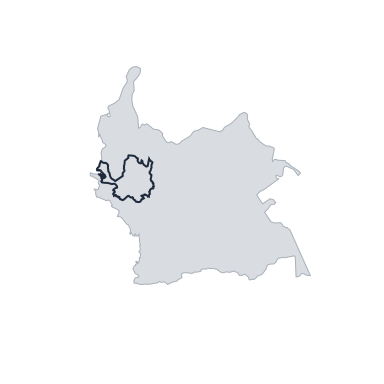 where Antioquia sits in Colombia, rotated 325°
{"feature_id": "COL-1314", "entity_name": "Antioquia", "entity_type": "Department", "adm_level": 1, "iso_a3": "COL", "parent_name": "Colombia", "parent_adm1": "", "projection": "orthographic", "projection_center": [-75.909, 7.152], "detail": "fine", "context": "in_parent", "style": "outline", "palette": "slate", "viewbox_px": 384, "rotation_deg": 325, "n_neighbors": 0, "source": "natural_earth", "source_scale": "10m", "svg_char_len": 9250}
<svg xmlns="http://www.w3.org/2000/svg" viewBox="0 0 384 384"><g transform="rotate(325 192 192)"><path d="M217.5,64.9L214.0,66.4L207.3,68.2L202.7,75.9L199.5,77.3L195.6,81.9L192.8,87.6L190.7,99.2L184.9,109.0L185.4,109.4L187.7,109.0L189.9,107.9L190.7,108.2L191.5,109.9L194.2,110.3L196.4,118.3L200.5,122.3L200.9,123.8L201.5,127.1L200.0,129.1L199.7,136.4L200.9,138.2L204.0,138.9L206.0,143.4L207.3,144.4L209.2,145.1L213.6,144.4L221.6,145.1L223.5,144.9L228.0,143.3L233.7,145.2L237.9,145.4L249.5,158.9L250.6,158.5L252.1,159.3L255.0,157.9L257.5,157.6L260.7,158.2L265.0,158.2L273.7,156.6L274.9,155.8L279.7,156.5L281.1,157.5L281.8,160.0L281.3,161.6L279.6,163.2L278.8,165.3L278.6,167.8L277.8,169.6L276.3,170.8L275.7,172.6L276.1,174.8L275.4,185.1L276.1,186.0L276.6,190.2L278.6,195.7L279.6,197.2L281.3,198.4L284.4,202.9L283.7,204.5L276.0,211.7L275.6,213.3L277.1,212.6L279.5,213.2L280.3,214.9L286.2,219.7L286.1,221.6L287.8,225.3L287.5,226.1L291.6,236.6L291.7,238.8L288.4,239.4L288.2,232.4L287.7,231.0L283.9,224.8L283.1,224.3L280.6,225.0L276.4,229.8L274.4,230.5L272.8,229.9L271.2,227.1L270.2,226.6L269.2,229.0L270.5,231.0L251.8,231.3L248.2,230.5L243.2,231.6L243.1,242.2L252.0,242.3L254.4,245.3L254.2,247.8L254.6,248.6L252.5,249.2L249.4,247.6L243.9,249.6L239.8,250.2L239.6,261.9L242.0,264.8L246.7,267.8L247.4,270.0L247.1,272.0L248.2,274.5L249.7,275.8L249.7,277.3L250.5,279.0L241.0,328.4L237.7,325.5L236.6,322.8L235.0,321.7L231.8,322.6L228.5,321.3L239.4,304.4L239.1,302.9L230.0,298.9L229.1,297.9L224.8,295.8L222.4,296.4L221.0,297.5L217.8,297.9L215.1,296.1L211.9,295.0L208.1,297.9L207.0,297.9L204.3,299.1L201.4,299.6L197.6,298.4L194.5,299.3L192.4,299.1L191.6,298.2L188.9,297.2L188.6,296.1L189.4,294.0L188.2,289.9L187.8,289.3L185.7,289.2L183.3,287.7L182.8,286.9L183.3,285.2L182.9,283.8L180.5,280.5L177.3,279.7L174.1,277.0L171.0,276.0L169.5,274.1L168.1,269.7L164.9,266.2L162.6,265.1L161.8,263.5L159.4,263.3L156.3,261.0L154.8,260.9L153.9,262.0L150.9,260.9L148.4,259.2L145.8,258.8L144.1,257.8L141.0,254.6L137.6,253.0L135.7,253.6L135.0,256.0L133.9,256.4L130.1,255.8L129.4,256.3L128.4,256.2L123.7,254.4L119.1,253.8L117.9,249.8L114.9,248.3L114.0,246.5L112.0,246.7L104.0,243.0L100.7,240.5L97.9,239.1L95.0,236.3L94.5,235.1L92.3,233.5L93.4,231.4L96.1,229.8L99.7,231.1L100.1,228.6L98.8,226.4L99.4,221.5L100.4,220.4L102.3,219.4L103.5,219.8L104.3,219.0L107.2,219.4L108.1,219.0L110.3,217.1L111.2,215.5L112.2,215.7L114.6,213.0L114.2,210.4L116.4,209.8L118.8,205.4L119.8,205.3L120.3,203.2L124.4,196.0L122.9,196.9L121.3,196.4L121.6,193.9L121.1,193.6L119.8,195.5L118.6,193.6L118.9,190.5L117.1,191.1L117.2,190.4L119.9,188.0L121.0,182.7L120.1,180.8L119.6,172.8L119.1,171.3L116.9,169.3L120.4,167.0L121.6,165.3L120.1,161.8L118.0,158.8L118.0,157.0L119.2,157.1L119.7,152.2L118.6,150.3L117.1,150.3L112.6,142.9L111.0,141.4L112.2,137.9L113.6,136.3L113.3,133.7L114.2,133.8L116.2,136.2L117.0,135.9L120.0,133.6L120.1,131.4L122.6,129.2L119.2,121.7L118.0,120.5L119.4,118.1L120.2,118.3L121.5,120.6L123.7,122.2L126.8,126.3L128.2,127.3L127.2,128.2L127.0,129.2L127.5,129.8L129.3,129.9L130.0,128.7L129.5,123.6L128.8,121.1L127.1,119.3L127.6,118.5L130.9,117.3L137.6,112.5L139.9,107.9L141.7,106.3L143.6,105.2L146.1,105.5L148.0,104.9L148.5,103.4L147.3,100.3L148.7,96.0L148.7,93.8L149.6,92.5L149.3,92.0L146.8,93.5L149.3,90.5L151.1,85.8L160.8,77.6L167.1,79.6L169.1,79.4L166.5,80.5L166.1,81.6L167.0,82.9L168.0,83.2L168.8,82.4L170.9,77.6L171.2,75.0L172.1,74.1L173.4,73.8L179.6,74.9L185.5,74.4L195.0,67.5L202.1,64.6L203.8,61.8L204.3,59.6L205.6,58.8L206.9,58.8L207.7,57.6L211.0,55.8L214.5,55.6L218.3,57.1L220.0,59.9L220.4,61.8L217.5,64.9ZM107.3,218.5L106.9,218.9L106.0,218.2L105.7,217.4L106.2,216.8L106.9,217.0L107.3,218.5Z" fill="#d9dde1" stroke="#a8b0b8" stroke-width="1"/><path d="M126.0,124.5L126.3,124.4L126.5,124.5L126.5,124.8L126.4,124.8L126.3,124.7L126.3,125.1L126.4,125.4L126.6,125.5L126.8,125.4L126.8,125.7L127.1,125.5L127.0,125.9L127.0,126.2L126.6,126.0L126.7,126.6L127.1,126.9L127.5,126.8L127.5,126.5L128.5,126.5L128.3,126.8L128.3,127.0L128.6,127.1L128.1,127.4L128.1,127.5L128.3,127.6L128.4,127.9L128.2,127.7L128.1,127.9L128.4,128.1L128.5,128.3L128.1,128.1L127.7,128.0L127.3,128.0L127.1,128.3L126.9,129.3L127.3,129.9L128.2,130.2L129.2,130.2L129.6,130.1L129.9,129.9L129.9,129.7L129.9,129.4L130.0,129.1L130.1,128.9L130.2,127.9L130.2,127.5L130.0,127.1L129.9,127.3L130.0,127.5L129.9,127.5L129.8,127.3L129.7,126.9L129.7,126.5L129.9,125.9L129.8,125.6L129.6,125.0L129.5,124.5L129.5,122.2L129.5,121.9L129.0,121.7L128.9,121.4L128.9,121.2L128.8,120.9L128.4,120.5L127.9,120.2L127.3,119.9L126.9,119.8L126.9,120.0L126.7,119.8L126.9,119.4L127.3,118.9L127.5,118.5L129.2,118.0L129.5,118.0L131.1,117.6L131.3,117.4L131.5,116.9L131.7,116.7L131.9,116.4L133.0,116.0L133.2,115.8L133.9,115.1L134.9,114.4L135.4,114.9L135.5,115.3L135.8,116.6L136.2,117.2L136.5,117.7L136.7,117.9L137.6,118.2L137.8,118.5L138.4,119.3L138.6,120.6L138.6,121.3L138.6,122.0L137.7,123.0L136.9,124.1L136.1,125.9L135.6,126.6L135.3,127.1L135.3,128.7L135.3,129.1L135.0,129.9L134.5,130.8L133.8,133.0L133.8,134.6L134.0,135.4L135.0,137.6L135.4,139.0L141.6,139.1L144.2,139.2L144.4,139.2L144.6,139.1L144.7,138.6L145.9,137.0L146.3,136.7L146.9,136.5L147.9,136.3L148.5,136.1L148.8,135.9L149.2,135.3L149.5,133.9L149.7,133.6L150.0,133.3L150.4,133.1L150.9,131.9L151.2,131.7L152.0,131.1L152.5,130.7L153.1,129.9L154.1,128.8L154.7,128.0L154.9,127.9L155.3,127.8L156.5,127.6L156.9,127.7L157.2,127.8L157.4,127.8L157.6,127.7L157.9,127.6L158.1,127.5L158.4,127.5L159.3,127.6L159.8,126.9L160.3,126.2L160.5,125.9L160.8,125.7L161.1,125.6L164.9,128.8L165.2,129.3L165.5,129.7L165.7,129.9L165.9,130.4L166.1,132.0L166.2,132.5L166.4,132.8L166.8,133.1L166.9,133.3L166.8,133.6L166.6,134.0L166.3,134.3L165.9,134.5L165.6,134.8L165.4,135.2L165.2,136.6L165.2,137.1L165.2,137.5L165.6,138.2L166.1,138.9L166.5,139.2L166.8,139.3L167.1,139.3L167.5,138.9L167.7,138.7L168.0,138.0L168.1,137.7L168.8,137.2L169.1,138.1L169.0,138.5L168.9,138.7L168.4,139.3L168.3,139.5L168.2,139.9L168.3,140.3L168.3,141.0L168.1,141.5L168.1,141.9L168.3,142.4L168.5,143.1L168.7,143.6L168.9,144.1L169.0,144.8L169.2,145.0L169.6,145.2L169.9,145.2L170.3,145.2L170.6,145.3L175.9,140.2L175.8,141.0L176.0,143.1L176.0,143.4L176.4,143.9L176.5,144.2L176.6,144.8L176.4,145.3L176.0,145.6L174.7,146.3L174.4,146.6L173.7,147.3L173.2,148.3L173.0,148.6L170.0,150.9L169.4,151.2L168.7,151.3L168.1,152.3L168.2,153.8L168.2,154.1L168.5,154.4L168.6,154.5L168.5,154.9L168.4,155.0L168.2,155.1L167.3,156.2L166.9,156.6L165.9,157.4L165.6,157.7L165.3,158.1L165.2,158.8L165.0,159.2L164.9,159.4L164.9,159.7L165.0,159.8L165.3,160.1L165.4,160.4L165.4,160.6L165.4,161.3L165.4,161.7L165.4,161.8L164.9,162.0L164.9,162.3L165.2,163.0L164.9,163.3L164.7,163.5L164.4,164.0L164.2,165.0L164.0,165.4L163.9,165.5L163.6,165.3L163.3,165.4L163.1,165.4L163.0,165.9L162.9,166.2L162.7,166.6L162.1,166.8L162.0,166.7L161.3,166.3L161.0,166.0L160.7,165.9L159.7,166.1L158.6,166.4L158.3,166.9L158.1,167.0L157.6,167.2L157.0,167.3L156.9,167.7L157.0,168.3L156.8,168.6L156.3,169.2L156.3,169.4L156.1,169.4L155.7,169.5L154.9,169.9L154.7,170.1L154.1,171.0L153.7,170.4L153.3,170.5L153.3,169.9L153.3,169.7L152.9,168.5L152.8,168.3L152.5,168.2L152.3,168.0L152.3,167.8L152.3,167.3L152.3,167.2L152.2,167.1L151.9,167.0L151.7,166.8L151.5,166.7L150.8,167.1L150.5,167.2L150.4,167.1L149.8,166.8L149.6,166.7L149.4,166.3L149.1,166.3L148.6,166.1L148.4,166.1L148.4,166.6L148.5,166.8L148.8,166.9L148.7,167.4L148.7,167.7L148.9,168.6L149.0,168.9L148.9,169.2L148.9,169.6L148.4,169.5L148.1,169.5L147.7,169.5L147.4,169.5L147.2,169.5L147.0,169.3L146.6,169.0L146.4,169.0L145.3,169.8L144.4,170.1L144.1,170.2L143.3,170.0L142.7,169.8L142.4,169.6L142.1,169.3L141.9,168.9L141.4,168.7L140.7,168.0L140.6,167.9L140.5,167.6L140.5,167.3L140.7,166.6L140.7,166.2L140.1,165.2L139.9,164.4L139.9,164.0L140.4,162.9L140.3,162.1L139.8,161.9L139.4,161.9L139.0,161.7L138.5,161.1L138.2,160.1L138.0,159.1L137.9,158.8L137.5,158.6L137.0,158.5L136.4,158.5L135.7,158.6L135.2,158.7L133.5,158.9L132.8,159.0L131.5,159.1L131.1,159.0L130.6,158.9L130.4,158.8L130.3,158.6L130.2,158.2L130.0,157.9L129.6,157.4L129.5,157.0L129.1,156.9L129.0,156.7L129.0,156.2L129.1,155.9L129.2,155.7L129.2,155.4L129.2,155.2L128.9,154.7L129.1,154.7L129.3,154.5L129.0,154.4L128.9,154.3L129.0,154.1L129.2,153.9L129.2,153.7L128.8,153.3L128.6,153.3L128.4,153.2L128.1,152.8L128.1,152.5L128.1,152.3L127.9,152.1L127.7,152.0L127.4,151.9L127.4,151.6L127.6,151.3L127.8,151.4L127.9,151.2L127.5,151.0L127.3,151.0L127.2,150.8L127.3,150.7L127.3,150.4L127.1,150.4L127.0,150.6L126.8,150.6L126.7,150.6L126.6,150.1L126.2,150.1L126.5,149.7L126.3,149.3L126.2,149.1L126.2,148.5L126.2,148.4L126.9,148.1L127.1,148.1L127.6,147.8L128.4,147.9L128.6,147.8L128.6,147.7L128.8,147.5L129.0,147.3L129.1,147.1L129.0,146.4L128.9,146.2L128.6,145.8L128.4,145.5L128.5,145.2L129.1,145.0L129.5,144.9L130.6,144.8L130.9,144.8L132.3,145.1L132.8,145.4L133.2,145.4L133.7,144.5L133.8,144.0L133.8,142.2L133.4,141.1L133.2,140.8L132.3,140.1L132.1,140.0L131.5,139.9L131.1,139.7L130.8,139.4L129.5,137.8L127.8,135.9L126.1,134.7L124.0,132.8L123.7,132.4L123.8,132.2L123.8,131.3L124.3,131.4L124.6,131.2L124.9,130.8L125.2,130.7L125.4,130.4L125.7,128.8L125.8,128.5L126.0,128.4L126.3,128.1L126.3,127.8L126.4,127.7L126.5,127.3L126.4,126.0L126.2,125.4L126.0,124.5Z" fill="none" stroke="#1e293b" stroke-width="2"/></g></svg>